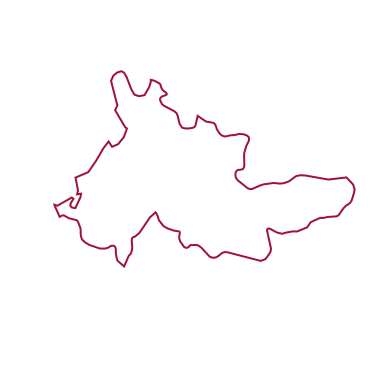 SVG path tracing the border of Lezhë, rotated 37°
{"feature_id": "ALB-1528", "entity_name": "Lezhë", "entity_type": "County", "adm_level": 1, "iso_a3": "ALB", "parent_name": "Albania", "parent_adm1": "", "projection": "orthographic", "projection_center": [19.841, 41.793], "detail": "fine", "context": "isolated", "style": "outline", "palette": "rose", "viewbox_px": 384, "rotation_deg": 37, "n_neighbors": 0, "source": "natural_earth", "source_scale": "10m", "svg_char_len": 2690}
<svg xmlns="http://www.w3.org/2000/svg" viewBox="0 0 384 384"><g transform="rotate(37 192 192)"><path d="M89.8,284.9L92.7,284.0L99.3,268.8L101.5,268.8L101.8,273.6L103.0,276.2L105.3,276.7L108.6,275.1L106.0,263.2L104.4,260.1L101.6,263.0L100.1,259.4L90.3,250.6L97.2,238.6L96.6,224.7L94.9,209.9L95.0,201.9L101.0,204.0L104.2,198.2L104.5,188.9L101.8,180.4L99.7,180.5L81.3,172.9L80.4,167.9L60.5,152.0L59.2,146.6L60.3,141.6L62.9,138.1L65.9,137.6L70.3,139.4L81.6,146.4L87.3,148.9L92.0,147.4L95.8,143.2L94.7,134.1L93.0,129.2L91.6,127.2L95.1,125.7L100.7,124.9L101.8,125.1L102.8,125.7L104.1,126.8L105.9,127.8L108.0,128.3L111.7,128.3L112.7,128.7L113.1,129.5L112.7,130.5L111.7,132.0L110.4,134.1L110.2,135.9L110.7,137.3L111.9,138.2L114.9,139.8L117.5,140.0L129.6,138.1L132.4,138.4L135.0,140.0L140.9,144.9L145.2,146.6L148.2,145.4L150.9,143.4L153.3,141.1L154.5,139.4L154.9,137.9L154.5,136.2L150.7,127.8L160.8,127.3L167.2,124.0L169.2,123.9L171.5,125.0L174.1,127.0L179.1,128.7L181.8,128.9L184.4,128.1L186.1,126.7L188.3,123.9L191.7,120.9L194.8,117.2L198.6,114.8L202.1,113.8L204.2,114.0L206.1,115.8L206.8,117.9L207.7,122.6L210.1,129.1L211.5,131.3L217.9,139.4L218.7,141.3L218.8,143.0L218.1,144.2L215.3,146.9L214.9,148.6L215.2,150.5L216.6,152.5L218.3,154.1L221.2,155.1L233.9,155.5L236.6,154.8L238.3,153.3L242.2,146.2L244.5,142.9L251.8,135.6L256.8,132.6L259.8,130.0L262.9,125.4L265.7,116.4L268.6,113.3L272.4,110.7L293.4,100.0L306.6,87.4L316.3,89.1L320.3,92.1L321.8,94.9L324.7,102.9L324.8,105.6L324.1,108.0L323.2,110.3L322.8,113.5L322.8,116.9L323.1,121.2L322.7,123.4L321.7,124.8L315.5,130.2L314.1,131.7L313.2,133.0L312.3,133.9L311.3,134.5L310.2,135.3L309.3,136.6L305.0,144.6L305.2,151.0L299.7,160.3L296.1,162.9L291.9,167.4L289.0,171.2L284.9,173.0L280.8,173.8L277.4,174.2L275.3,174.9L274.5,176.0L275.0,177.5L289.3,189.8L290.8,192.8L291.1,199.0L290.9,201.7L288.3,205.7L256.6,218.8L254.1,220.5L252.8,222.4L251.4,227.8L250.2,230.2L248.0,232.1L245.0,233.0L233.5,230.9L230.1,230.8L227.9,231.3L223.9,234.4L222.8,235.3L222.5,236.5L222.4,238.2L221.2,240.0L219.1,240.7L212.4,238.6L210.1,237.0L208.8,235.7L206.8,231.8L205.8,231.1L200.6,233.8L194.7,235.7L189.9,236.4L182.7,234.5L178.9,231.8L176.2,230.5L175.1,230.2L173.7,237.6L174.6,256.4L173.3,261.9L172.4,263.1L171.9,264.7L172.6,266.5L177.5,272.1L179.1,274.6L180.2,278.0L179.9,281.1L182.6,292.3L173.9,291.7L171.4,289.9L168.3,287.0L165.4,283.3L163.6,282.1L161.9,282.0L160.0,283.4L159.2,285.0L158.7,286.8L156.5,289.6L152.4,292.6L142.1,296.0L136.9,296.6L132.7,296.1L130.3,294.4L128.5,292.7L125.7,289.0L124.2,287.7L118.6,284.2L116.7,284.0L109.3,287.1L104.3,287.7L103.1,288.2L102.5,288.8L101.3,291.5L90.8,285.7L89.8,284.9Z" fill="none" stroke="#9f1239" stroke-width="2"/></g></svg>